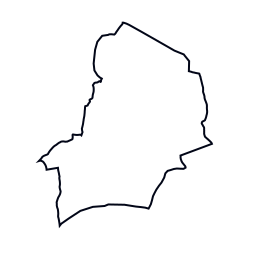 Monier, Gros Islet, Saint Lucia, rotated 186°
{"feature_id": "8701671B21062082038543", "entity_name": "Monier", "entity_type": "district", "adm_level": 2, "iso_a3": "LCA", "parent_name": "Saint Lucia", "parent_adm1": "Gros Islet", "projection": "natural_earth1", "projection_center": [-60.941, 14.03], "detail": "fine", "context": "isolated", "style": "outline", "palette": "ink", "viewbox_px": 256, "rotation_deg": 186, "n_neighbors": 0, "source": "geoboundaries", "source_scale": "gbopen_adm2", "svg_char_len": 4351}
<svg xmlns="http://www.w3.org/2000/svg" viewBox="0 0 256 256"><g transform="rotate(186 128 128)"><path d="M185.7,23.7L184.3,25.9L177.5,31.8L166.7,40.6L154.7,45.9L143.1,48.0L139.6,49.9L123.5,51.3L112.0,50.7L106.6,50.7L102.6,50.6L99.1,50.0L98.5,51.5L97.3,54.6L96.6,58.5L96.0,62.8L94.8,66.1L93.4,69.6L91.1,73.9L89.0,77.2L86.8,82.5L86.1,86.8L84.1,89.5L81.1,90.7L78.2,92.0L75.2,92.8L71.3,93.0L68.5,93.2L66.6,94.6L66.7,95.2L66.9,95.6L67.1,96.0L67.3,96.2L67.6,96.5L70.3,99.2L70.7,99.7L71.0,100.2L71.3,100.6L71.6,101.3L71.8,101.7L72.1,102.2L72.2,102.5L72.3,102.9L72.5,103.5L72.6,103.9L72.7,104.6L72.7,105.1L72.8,105.7L72.9,106.1L42.9,121.0L43.5,122.1L45.8,124.0L46.3,124.3L46.8,124.7L47.3,125.1L47.7,125.4L48.2,125.7L48.7,126.0L49.1,126.4L49.6,126.7L50.0,127.0L50.4,127.3L50.6,127.5L50.8,128.0L51.0,128.6L51.3,129.1L51.5,129.7L51.7,130.3L51.7,131.1L51.8,131.6L51.9,132.3L51.9,132.9L52.0,133.7L52.1,134.2L52.2,134.8L52.2,135.3L52.3,136.0L52.4,136.4L52.6,136.7L53.0,137.3L53.7,138.1L53.9,138.5L54.1,138.8L54.4,139.2L54.9,139.8L55.1,140.2L55.2,140.4L55.1,141.1L55.0,141.6L54.7,142.1L54.3,142.4L53.7,142.7L53.2,143.1L52.7,143.4L52.3,143.8L52.2,144.2L52.0,144.9L51.8,145.6L51.6,146.3L51.5,147.0L51.4,147.5L51.3,148.2L51.3,148.8L51.1,149.4L51.1,149.8L51.0,150.4L51.0,151.0L50.9,151.4L51.0,151.9L51.0,152.6L51.1,153.4L51.3,154.1L51.4,154.7L51.5,155.2L51.6,155.9L51.7,156.6L51.7,157.2L51.8,157.9L51.9,158.3L51.9,158.9L52.1,159.6L52.3,160.1L52.6,160.8L53.0,161.6L53.3,162.2L53.6,162.8L54.0,163.5L54.3,164.1L54.6,164.7L54.8,165.3L55.0,165.8L55.1,166.4L55.3,167.6L55.7,168.6L55.9,169.2L56.2,169.7L56.5,170.4L56.8,171.0L57.1,171.8L57.2,172.4L57.2,173.2L57.3,174.0L57.4,174.8L57.5,175.6L57.6,176.2L58.0,177.1L58.3,177.9L58.6,178.7L59.0,179.8L59.2,180.3L59.3,180.7L59.6,181.5L60.0,182.6L60.2,183.2L60.5,184.0L60.8,184.8L61.0,185.4L61.2,186.2L61.5,186.8L62.0,187.7L62.8,189.5L63.2,189.6L65.0,189.7L66.1,189.8L67.0,189.9L67.7,190.0L68.3,190.1L69.0,190.1L69.8,190.2L70.9,190.5L71.6,190.6L72.2,190.7L72.9,190.8L73.2,190.9L73.4,190.9L74.2,200.9L79.1,205.8L80.0,206.8L80.2,207.0L83.7,208.0L89.9,209.8L99.6,214.1L124.2,224.9L137.5,230.6L140.3,231.6L143.5,232.3L144.3,232.2L144.3,231.8L144.3,231.3L144.6,230.5L145.1,229.8L145.8,228.9L146.7,227.5L147.6,226.0L148.6,224.1L149.8,222.0L150.2,221.0L150.4,220.7L150.9,220.0L151.0,219.9L151.4,219.5L153.1,219.5L154.3,219.5L156.4,219.2L157.5,218.5L163.3,217.0L167.5,210.5L168.9,202.4L168.9,188.5L167.4,181.7L165.6,179.4L163.8,177.1L161.1,175.2L159.2,174.4L159.6,173.2L159.9,172.6L159.8,172.0L159.8,171.3L160.2,171.0L160.4,171.1L160.6,171.4L160.9,171.6L161.6,171.4L162.4,170.8L162.9,170.3L163.8,169.9L164.5,169.9L165.9,169.4L166.3,169.0L166.6,168.3L167.2,167.3L167.4,166.9L166.8,165.7L166.5,164.9L166.3,164.0L166.2,163.4L166.1,162.4L166.0,161.0L166.1,159.7L166.3,158.6L166.4,157.8L166.5,157.0L166.5,156.1L166.5,155.1L166.5,154.3L166.9,153.6L167.4,153.2L168.4,152.6L168.8,152.4L169.1,152.1L169.1,151.6L168.8,150.8L168.6,150.5L168.8,149.7L169.3,148.9L169.9,148.0L170.3,146.8L170.6,146.1L171.6,145.7L172.8,145.2L172.9,143.8L172.8,142.5L172.8,140.4L172.7,138.5L172.7,136.7L172.7,135.4L172.8,134.2L172.9,133.2L173.0,131.8L173.0,130.6L173.1,129.4L173.1,128.4L173.2,126.8L173.4,125.2L173.6,123.7L173.8,122.5L173.3,120.4L172.8,119.2L173.6,115.8L174.2,116.2L174.8,116.4L176.0,116.1L177.6,115.8L178.9,115.7L180.1,115.7L181.7,115.8L182.1,115.8L182.3,115.6L182.4,115.2L182.3,114.6L182.1,113.6L182.0,112.2L182.2,111.0L183.1,110.4L187.1,108.1L187.9,108.0L188.9,107.8L190.2,107.9L191.1,107.9L191.6,107.8L192.2,107.7L192.6,107.6L193.1,107.4L193.6,107.1L193.9,106.8L195.2,106.0L196.5,104.8L197.6,103.7L198.7,102.9L199.9,101.8L201.0,100.4L202.2,98.7L203.1,97.4L203.8,96.2L204.4,95.0L204.9,93.7L205.5,93.2L206.5,92.7L207.7,92.1L208.6,91.6L209.9,90.6L210.3,90.1L210.7,89.3L211.1,88.5L213.1,85.9L212.4,86.2L211.4,86.4L209.5,85.9L208.4,85.1L207.1,83.6L206.4,82.7L205.6,81.3L205.2,80.2L204.8,79.0L204.6,78.0L193.5,81.1L193.0,78.7L192.0,75.8L191.5,74.0L191.0,72.6L191.1,71.1L190.7,69.4L190.3,68.1L190.0,66.5L189.8,65.1L189.8,63.9L189.9,62.4L189.6,61.1L189.1,59.7L188.4,58.0L188.4,57.1L188.6,55.5L189.0,54.2L189.5,52.9L190.1,51.7L190.4,50.5L190.8,48.8L191.2,46.7L190.9,45.2L190.7,43.3L190.1,41.5L189.3,39.9L188.8,37.8L188.4,35.6L188.3,33.4L188.2,32.4L187.6,30.9L187.1,29.3L186.5,27.1L186.0,25.2L185.7,23.7Z" fill="none" stroke="#020617" stroke-width="2"/></g></svg>